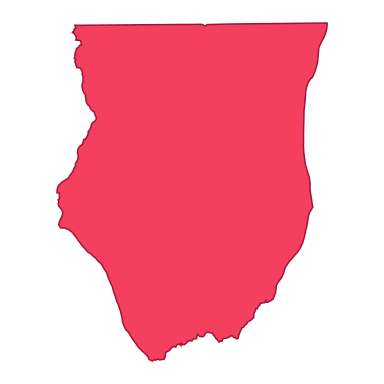 outline of Juruena, Mato Grosso, Brazil
{"feature_id": "56859067B78925689258289", "entity_name": "Juruena", "entity_type": "district", "adm_level": 2, "iso_a3": "BRA", "parent_name": "Brazil", "parent_adm1": "Mato Grosso", "projection": "equal_earth", "projection_center": [-58.641, -10.397], "detail": "fine", "context": "isolated", "style": "filled", "palette": "rose", "viewbox_px": 384, "rotation_deg": 0, "n_neighbors": 0, "source": "geoboundaries", "source_scale": "gbopen_adm2", "svg_char_len": 3609}
<svg xmlns="http://www.w3.org/2000/svg" viewBox="0 0 384 384"><path d="M149.1,359.5L150.9,360.4L152.9,361.0L154.5,359.6L155.8,360.1L157.8,359.2L160.0,360.0L161.7,359.4L163.8,359.5L165.1,357.2L165.3,355.3L165.7,352.4L167.8,351.4L169.7,350.2L170.7,348.6L172.1,347.4L173.7,346.5L175.8,347.0L176.9,345.0L178.8,343.8L181.0,345.6L181.2,343.4L182.8,344.7L184.5,344.6L185.7,343.6L187.5,341.7L189.5,340.6L191.8,340.9L193.6,338.8L196.6,338.8L196.9,336.5L197.5,334.2L199.6,336.4L202.1,336.8L203.7,336.3L204.5,334.9L205.6,333.4L206.7,332.2L208.0,332.3L210.4,332.8L212.7,333.2L213.4,335.2L214.6,336.2L215.8,338.3L217.7,340.2L219.0,342.1L220.6,341.1L222.0,341.3L222.9,338.7L224.2,338.2L226.0,338.3L228.8,337.3L230.9,335.9L232.6,335.9L233.5,337.2L235.0,337.8L236.7,338.8L238.1,338.4L238.7,335.4L239.6,333.1L240.4,331.0L242.0,327.8L243.7,327.1L244.8,325.2L246.5,324.3L247.4,322.2L249.0,321.2L250.5,320.6L253.7,317.6L253.9,313.5L255.0,311.4L255.6,308.8L257.2,308.9L258.1,306.8L259.8,305.1L260.4,303.3L262.3,303.0L264.7,302.7L265.7,300.6L266.6,302.3L268.2,302.1L270.1,301.0L273.0,299.2L275.7,292.4L275.6,290.3L276.1,288.6L276.1,286.3L276.9,284.3L278.4,281.9L281.3,278.2L282.6,275.3L283.5,273.5L284.8,268.8L285.8,266.6L288.9,262.0L297.5,252.1L299.9,248.7L301.6,245.1L302.9,242.1L304.6,235.9L305.7,230.5L306.7,226.6L307.2,223.9L308.5,215.6L309.7,212.3L311.2,209.7L312.8,207.1L312.3,204.8L311.5,199.3L310.5,193.2L310.0,189.6L310.0,186.9L310.1,183.3L309.5,178.9L309.1,176.7L307.3,171.1L305.9,166.4L305.3,163.9L304.3,156.7L303.8,152.5L303.5,146.4L303.5,140.1L303.6,129.6L303.9,117.1L304.0,111.1L304.5,106.5L305.2,100.1L305.6,92.4L306.4,87.9L307.3,84.7L308.6,81.9L310.7,78.9L312.7,76.9L314.7,72.1L316.6,66.2L317.6,62.0L318.3,53.9L318.9,47.5L319.8,45.4L322.0,40.8L323.8,37.7L325.3,34.1L326.5,30.1L327.1,25.6L327.1,23.0L320.7,23.1L318.3,23.1L231.2,24.0L229.4,24.0L206.9,24.6L205.7,26.1L204.2,25.6L202.9,24.7L200.9,24.3L193.8,24.4L148.5,24.7L102.5,25.1L86.9,25.2L83.0,25.3L77.0,25.3L74.8,25.2L75.9,28.1L74.1,29.2L73.8,31.0L72.4,32.4L74.3,33.7L75.7,35.7L76.5,38.6L75.6,39.9L77.0,40.3L78.6,40.2L80.8,41.0L81.1,43.2L81.2,45.1L79.7,45.3L78.1,47.6L76.5,48.5L76.1,50.5L75.2,52.8L74.8,56.3L74.3,58.6L75.6,59.5L74.8,61.5L75.4,63.3L76.1,65.4L76.8,67.4L80.1,68.0L81.6,70.3L82.3,72.0L82.1,74.3L83.0,76.3L83.0,79.2L83.0,82.1L82.1,84.2L82.0,87.0L82.7,89.7L83.3,91.6L84.3,93.2L85.3,94.5L85.5,97.4L86.1,100.9L86.8,103.4L88.2,105.2L89.7,106.5L90.4,108.6L91.6,110.0L93.0,111.2L94.2,112.0L94.7,114.0L96.0,116.9L96.5,118.8L95.4,120.4L94.3,121.7L93.0,122.2L91.5,123.9L91.1,126.5L89.9,129.6L88.2,131.4L88.2,133.4L87.5,135.7L86.3,137.8L85.3,139.3L83.9,139.2L83.0,142.0L82.6,144.0L80.8,145.5L79.3,146.8L77.8,149.5L77.5,152.7L78.1,155.0L78.2,157.2L77.7,159.3L77.1,161.0L75.5,163.3L75.3,166.3L73.6,168.9L73.1,171.0L72.0,172.7L69.7,175.6L69.1,177.2L68.0,178.3L66.3,179.4L64.0,180.9L62.3,181.9L60.7,183.4L58.6,185.5L57.6,187.7L57.1,190.1L56.9,192.7L59.3,193.2L59.3,196.7L59.6,198.6L58.1,199.7L58.8,201.4L58.2,203.7L58.8,206.0L60.4,208.3L62.0,210.0L62.7,212.4L62.4,214.9L61.6,216.9L59.4,221.7L58.7,224.9L60.7,227.9L64.8,228.0L69.4,230.1L72.4,232.5L74.6,235.4L76.0,237.0L78.6,241.0L80.5,243.3L81.8,245.4L85.3,249.1L87.0,251.1L88.3,252.4L91.2,254.1L93.6,256.6L95.6,258.1L98.5,261.5L100.9,263.5L102.6,266.1L104.2,268.9L105.6,271.0L107.2,274.0L107.6,275.9L109.2,279.9L112.5,287.1L113.7,292.1L114.8,294.5L115.6,297.7L116.8,301.7L118.2,304.3L119.4,308.3L120.5,311.0L122.1,318.4L122.5,321.8L124.4,326.8L125.9,329.7L127.4,331.1L129.4,333.8L131.5,337.4L138.5,347.4L140.8,349.8L146.3,354.7L147.8,356.6L149.1,359.5Z" fill="#f43f5e" stroke="#9f1239" stroke-width="1.5"/></svg>